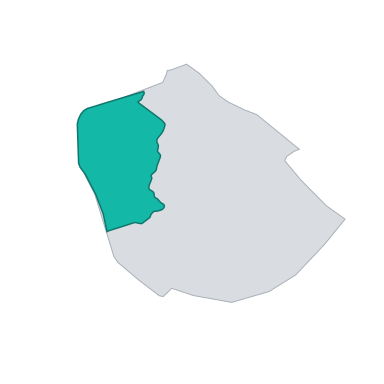 where Hhohho sits in eSwatini, rotated 310°
{"feature_id": "SWZ-534", "entity_name": "Hhohho", "entity_type": "District", "adm_level": 1, "iso_a3": "SWZ", "parent_name": "eSwatini", "parent_adm1": "", "projection": "orthographic", "projection_center": [31.368, -26.096], "detail": "fine", "context": "in_parent", "style": "filled", "palette": "teal", "viewbox_px": 384, "rotation_deg": 310, "n_neighbors": 0, "source": "natural_earth", "source_scale": "10m", "svg_char_len": 1932}
<svg xmlns="http://www.w3.org/2000/svg" viewBox="0 0 384 384"><g transform="rotate(310 192 192)"><path d="M269.1,95.0L272.2,97.6L286.4,105.6L287.6,121.3L286.1,139.3L283.2,150.7L284.2,162.0L288.7,179.7L292.9,191.8L293.7,246.7L288.9,244.1L280.2,241.7L275.6,242.8L271.2,267.4L267.8,303.9L269.6,326.7L236.7,327.2L195.0,324.7L165.1,314.9L132.9,293.3L113.6,259.6L105.2,238.4L93.4,237.2L91.5,233.6L90.3,207.7L90.4,180.6L92.6,173.3L114.3,139.8L127.8,119.0L136.3,98.8L154.6,75.2L174.4,60.1L181.8,58.0L186.8,58.6L221.6,79.4L257.2,99.1L265.0,96.9L269.1,95.0Z" fill="#d9dde1" stroke="#a8b0b8" stroke-width="1"/><path d="M184.7,56.8L188.6,58.1L205.0,68.7L221.3,79.4L235.5,88.7L238.0,90.3L237.0,91.9L236.2,92.2L235.1,92.5L234.2,92.5L233.4,92.7L231.7,93.4L230.7,93.6L229.8,93.6L228.8,93.4L226.4,92.5L226.0,94.0L227.6,122.4L227.1,126.6L226.0,128.3L220.9,130.4L217.8,131.0L211.6,131.1L210.6,131.2L209.4,131.6L208.1,132.6L207.4,133.4L206.6,135.4L206.2,136.0L205.7,136.6L204.3,137.6L201.9,138.8L201.2,139.3L200.8,140.1L200.3,143.0L200.1,143.7L199.8,144.2L199.4,144.6L198.3,145.3L189.3,148.5L187.7,149.4L186.8,150.0L185.8,150.4L184.4,150.6L179.0,149.8L178.3,150.0L177.8,150.6L177.5,151.1L177.2,151.9L176.9,152.2L176.3,152.5L174.8,153.2L170.2,154.6L168.7,155.4L167.7,156.1L167.0,156.8L166.7,157.6L166.6,158.4L167.0,160.7L167.1,162.0L166.9,163.0L166.4,163.9L164.6,165.7L164.1,166.6L164.1,167.4L164.3,168.6L164.5,170.0L164.3,171.5L164.0,173.1L163.8,174.7L164.2,177.5L164.2,178.8L163.8,179.6L163.0,180.2L161.8,180.6L160.1,180.5L158.2,179.9L155.0,177.6L153.8,176.4L153.0,175.5L152.4,175.2L151.5,175.1L149.6,175.0L148.2,175.1L147.3,175.4L146.0,176.0L144.4,175.9L137.4,174.3L136.6,174.2L135.6,173.8L134.9,173.1L133.8,171.3L132.5,168.7L132.1,168.1L131.6,167.6L108.9,153.2L107.0,152.4L118.1,138.1L128.5,119.4L136.8,99.3L139.1,90.3L141.1,86.7L154.8,74.4L170.4,60.4L174.8,58.2L180.1,56.8L184.7,56.8Z" fill="#14b8a6" stroke="#0f766e" stroke-width="1.5"/></g></svg>